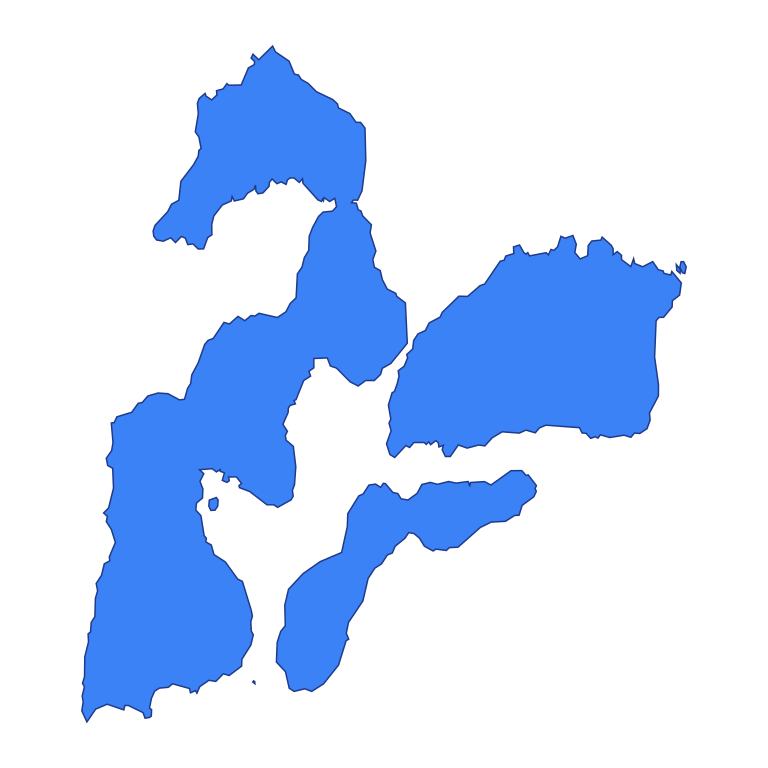 Flores Timur, Nusa Tenggara Timur, Indonesia
{"feature_id": "22746128B68993103553012", "entity_name": "Flores Timur", "entity_type": "district", "adm_level": 2, "iso_a3": "IDN", "parent_name": "Indonesia", "parent_adm1": "Nusa Tenggara Timur", "projection": "equal_earth", "projection_center": [122.946, -8.35], "detail": "fine", "context": "isolated", "style": "filled", "palette": "blue", "viewbox_px": 768, "rotation_deg": 0, "n_neighbors": 0, "source": "geoboundaries", "source_scale": "gbopen_adm2", "svg_char_len": 6095}
<svg xmlns="http://www.w3.org/2000/svg" viewBox="0 0 768 768"><path d="M86.9,721.9L95.7,709.1L107.2,704.2L123.8,709.9L124.9,705.4L128.4,705.5L143.0,712.6L145.1,718.2L149.3,717.5L151.3,716.2L151.6,709.7L149.5,708.0L151.5,698.2L154.7,691.1L159.5,688.1L168.3,687.3L172.6,683.8L189.5,688.5L190.5,692.8L195.5,690.6L196.9,693.2L199.8,686.6L208.9,680.3L215.8,681.4L223.3,673.8L229.2,675.5L241.6,666.1L241.9,659.2L250.9,645.0L253.3,634.7L251.3,631.1L250.8,621.7L252.4,616.2L251.3,610.5L242.4,581.4L237.6,579.0L225.3,561.9L214.0,554.6L211.3,545.0L205.8,541.9L206.4,538.3L204.1,535.5L200.9,515.6L195.8,510.1L196.5,503.0L202.5,498.0L202.9,489.0L200.0,481.3L203.8,473.7L199.5,469.7L212.2,468.7L216.4,471.9L220.1,469.6L220.2,471.3L224.4,472.8L222.3,480.4L227.0,482.4L229.3,480.7L228.6,477.0L236.4,476.9L241.6,483.5L239.0,485.5L239.4,487.6L249.8,491.6L267.0,504.8L273.8,504.8L277.6,507.4L291.0,499.9L293.2,496.2L292.4,490.4L294.5,484.7L295.8,466.7L293.3,446.3L286.2,440.3L285.3,435.6L287.4,431.3L282.9,424.3L288.1,412.6L288.4,407.9L290.3,405.3L295.4,403.9L294.0,400.5L296.0,399.7L303.7,380.5L310.6,376.1L308.9,371.3L313.9,367.8L313.8,358.5L327.3,357.9L330.4,366.0L336.5,368.1L350.1,381.8L358.2,386.0L365.7,380.5L374.3,380.5L380.6,374.4L382.3,368.3L390.8,363.5L407.3,343.2L405.4,302.9L396.7,296.3L395.8,293.4L387.2,289.0L382.4,279.7L380.2,270.5L374.4,267.3L372.8,259.6L375.9,251.0L370.1,233.0L371.4,224.8L362.7,215.9L360.9,210.9L358.3,209.9L356.3,203.2L351.5,202.7L353.5,200.0L357.6,200.2L362.0,190.8L365.8,160.7L365.0,128.1L360.6,122.4L356.0,122.3L349.9,113.6L338.4,107.9L337.5,104.0L332.7,99.5L316.4,91.7L308.1,83.4L301.2,79.4L298.5,75.0L294.4,74.2L289.1,61.2L275.5,51.9L272.6,46.1L258.7,59.8L253.0,54.2L251.1,58.1L254.6,61.5L254.3,64.6L248.4,67.9L241.2,85.0L228.8,85.2L226.9,83.6L223.1,88.9L216.5,90.7L216.9,95.0L211.7,99.9L206.1,96.2L205.1,93.4L199.1,98.5L197.4,103.4L198.3,113.7L195.3,131.9L198.9,137.0L201.1,148.6L198.9,150.3L198.2,156.3L193.5,164.8L180.9,181.3L178.8,200.3L171.5,204.2L167.7,211.7L155.0,225.4L153.1,231.1L153.8,236.2L156.6,240.0L163.3,241.2L170.7,237.8L175.5,242.5L181.4,236.5L185.3,238.1L187.8,244.6L193.0,243.9L198.2,249.0L203.6,248.9L207.7,237.6L211.9,234.8L211.7,224.6L213.8,216.0L222.3,205.0L231.2,201.0L232.1,196.6L234.3,201.0L243.5,198.8L247.5,193.2L254.0,189.3L255.5,185.1L255.9,190.9L258.0,193.8L263.0,192.9L269.0,186.3L269.4,182.4L272.1,179.0L276.9,183.7L281.1,181.9L286.1,184.4L287.4,180.0L290.0,178.0L293.9,177.9L299.3,182.4L302.5,178.7L303.0,183.3L317.9,199.9L321.5,201.4L322.5,199.1L323.5,200.8L324.1,197.7L329.7,201.5L334.8,198.3L336.5,206.7L332.5,211.1L323.1,212.1L318.5,216.5L312.5,227.7L309.2,236.4L308.7,250.4L304.3,257.7L302.0,267.1L297.4,273.8L296.1,297.8L290.2,303.5L285.9,311.8L277.4,317.5L259.0,313.3L254.9,316.1L251.1,315.5L244.8,320.7L238.0,316.4L229.4,324.0L224.0,322.4L213.2,338.5L208.2,340.3L204.7,344.4L198.1,363.1L191.8,374.8L190.6,383.7L187.6,388.3L184.5,399.3L179.5,399.9L168.0,393.7L158.0,393.0L147.8,396.0L142.4,402.4L138.2,403.3L131.7,412.3L116.9,416.8L114.2,422.6L111.3,423.0L113.0,442.5L111.6,450.7L106.3,458.3L107.7,465.5L112.7,468.3L113.5,488.2L108.6,507.9L103.6,513.0L107.4,516.4L106.3,521.6L111.3,529.4L115.4,542.4L109.3,556.9L109.8,560.8L104.3,563.8L101.5,575.3L96.2,583.5L97.6,590.8L95.4,598.4L94.9,616.6L91.2,622.5L90.6,631.8L88.1,633.9L88.5,641.9L84.8,656.8L84.5,676.9L82.5,683.3L84.4,686.7L82.2,696.1L83.2,702.0L81.8,710.8L86.9,721.9ZM576.3,244.3L572.9,235.5L565.2,238.2L560.9,236.3L557.6,246.9L553.8,250.4L551.0,249.4L548.4,254.8L546.1,252.7L529.5,255.9L527.8,252.6L526.0,254.1L523.9,252.6L519.5,245.0L513.5,246.9L513.8,253.5L505.7,256.1L504.2,260.2L500.2,261.2L484.6,284.1L480.1,285.6L467.6,296.4L458.9,296.2L442.3,312.3L440.1,317.1L429.2,322.9L425.3,330.6L418.1,333.8L413.7,340.4L412.7,349.0L406.7,354.5L407.6,357.9L404.2,366.2L398.2,370.8L399.0,376.1L397.2,383.7L394.4,391.6L392.1,392.7L388.4,405.1L390.8,419.1L389.0,423.1L391.1,430.8L386.5,443.8L389.9,454.5L394.7,457.5L405.8,445.6L409.6,447.5L413.9,442.5L424.3,442.5L426.2,444.4L428.8,441.9L430.6,444.7L435.8,440.7L438.2,442.5L439.0,447.0L443.4,445.3L442.2,449.7L445.4,456.5L450.3,456.5L458.3,445.0L467.2,448.1L478.8,445.0L484.8,445.9L492.3,437.7L502.2,431.8L519.3,433.1L525.9,430.1L535.3,432.8L539.4,427.9L545.9,425.2L579.5,427.7L582.1,433.0L586.1,433.3L590.7,438.4L595.2,436.7L598.0,438.1L600.3,434.8L609.8,437.5L624.1,435.2L630.9,437.3L634.5,433.0L639.7,433.5L647.0,428.7L650.1,420.1L649.5,412.9L658.4,396.0L658.5,384.9L654.6,357.0L656.1,320.9L658.9,317.4L663.6,317.3L672.1,307.0L672.4,300.7L679.6,295.1L681.3,282.9L671.8,271.4L670.7,275.0L664.0,273.4L663.1,270.9L658.3,269.7L652.7,261.6L642.7,266.8L634.7,263.5L633.6,258.7L630.8,266.6L621.5,259.6L621.5,255.2L617.2,251.6L613.1,254.7L613.1,248.6L611.1,245.1L602.1,237.1L600.9,240.1L591.8,241.0L588.2,245.6L587.7,255.7L580.1,258.9L574.8,252.5L576.3,244.3ZM521.8,470.6L511.0,470.7L491.0,485.0L484.5,481.6L470.4,482.5L469.8,486.5L468.1,481.5L456.0,483.1L448.6,481.5L437.5,484.3L430.2,482.4L421.9,484.5L417.1,493.4L408.0,500.0L401.0,498.8L397.9,493.6L392.9,492.5L385.4,483.6L383.4,483.3L380.6,487.4L375.6,484.1L368.9,485.1L363.2,493.9L358.8,495.9L347.8,513.6L347.3,526.7L341.6,552.5L320.2,561.6L303.2,573.5L288.5,589.3L284.8,605.2L285.3,625.7L280.7,631.4L277.2,642.4L276.4,662.0L285.5,671.8L289.2,688.2L294.1,691.4L304.8,688.8L311.7,691.4L323.5,683.9L338.5,665.1L346.1,640.7L348.7,639.2L346.3,633.2L348.5,622.4L362.9,600.9L368.1,578.5L374.8,568.2L381.6,563.8L387.3,555.0L392.3,553.0L395.1,546.3L405.0,538.2L408.7,532.6L414.1,533.6L419.5,538.2L424.4,546.2L433.1,551.0L436.0,549.1L446.3,550.5L449.4,547.6L458.0,547.2L480.4,527.4L491.2,522.1L505.5,521.3L514.5,515.5L519.1,515.2L522.1,505.4L533.8,496.8L536.3,491.4L535.1,488.5L536.4,485.6L528.2,474.9L526.1,475.5L521.8,470.6ZM216.3,497.5L209.3,500.1L208.8,506.1L210.8,510.4L215.0,510.2L217.7,506.2L218.1,500.1L216.3,497.5ZM684.8,273.5L686.2,266.9L683.6,261.7L681.1,261.7L679.8,267.3L682.4,272.8L684.8,273.5ZM680.1,273.3L680.2,269.2L676.3,264.6L676.8,270.4L680.1,273.3ZM254.9,683.7L254.7,681.5L253.5,680.9L252.8,682.1L254.9,683.7Z" fill="#3b82f6" stroke="#1e3a8a" stroke-width="1.5"/></svg>